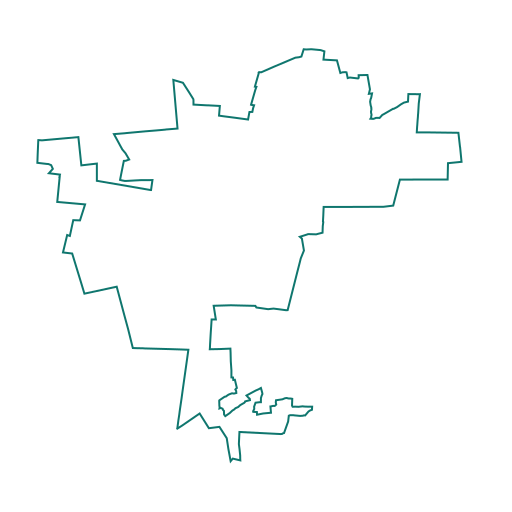 the district of Muxupip, Yucatán, Mexico, rotated 86°
{"feature_id": "50627088B24454448227409", "entity_name": "Muxupip", "entity_type": "district", "adm_level": 2, "iso_a3": "MEX", "parent_name": "Mexico", "parent_adm1": "Yucatán", "projection": "natural_earth1", "projection_center": [-89.31, 21.056], "detail": "fine", "context": "isolated", "style": "outline", "palette": "teal", "viewbox_px": 512, "rotation_deg": 86, "n_neighbors": 0, "source": "geoboundaries", "source_scale": "gbopen_adm2", "svg_char_len": 4381}
<svg xmlns="http://www.w3.org/2000/svg" viewBox="0 0 512 512"><g transform="rotate(86 256 256)"><path d="M422.7,346.5L420.1,341.7L412.2,328.3L409.2,323.2L424.5,315.0L423.9,304.4L435.7,297.9L446.7,297.0L458.9,295.6L456.5,293.3L458.8,285.9L457.4,285.9L453.9,285.7L447.6,285.9L442.4,286.2L430.4,284.8L435.3,244.2L435.4,242.6L434.8,241.6L434.6,240.4L423.4,235.5L417.6,234.4L417.2,233.1L417.4,230.0L417.8,228.1L417.9,227.3L418.6,223.2L418.6,220.3L418.3,219.3L418.5,218.1L414.8,214.5L413.9,212.9L413.3,210.9L410.2,210.5L410.0,214.1L409.5,218.7L409.2,219.8L409.4,224.1L409.1,226.7L408.9,230.0L407.7,230.5L401.0,229.8L400.6,231.3L400.4,233.6L399.8,235.2L399.9,236.9L400.1,237.6L400.8,239.6L401.3,246.1L403.4,246.5L405.6,246.2L406.3,247.0L406.8,247.7L406.9,248.3L406.7,249.4L407.1,251.7L407.1,252.1L413.4,252.0L413.6,259.9L414.4,266.0L411.7,266.0L411.3,269.6L410.7,269.7L408.4,268.4L406.2,268.4L402.3,266.7L402.1,262.6L402.2,261.3L398.1,261.0L395.7,260.1L394.1,259.2L392.4,259.4L388.0,260.3L389.1,262.6L390.2,265.7L394.5,275.2L396.6,273.6L398.0,272.2L399.4,272.1L399.9,275.0L400.3,277.0L401.0,277.3L401.6,277.9L403.1,281.0L403.7,282.2L405.4,284.3L406.4,287.1L407.6,288.5L408.5,290.3L410.8,293.1L413.6,297.8L411.9,298.9L408.2,298.8L407.3,299.6L406.0,300.0L405.1,301.8L405.5,303.1L404.1,302.8L403.1,303.0L397.8,302.8L397.4,302.6L394.2,297.1L394.1,295.9L393.1,294.3L392.4,293.1L391.9,291.6L391.3,289.5L391.7,287.6L391.3,285.2L389.3,285.2L387.7,285.9L387.1,285.3L386.3,284.3L378.0,285.7L378.1,287.3L375.6,287.4L375.4,289.0L368.2,288.5L359.4,288.5L350.7,288.1L346.6,288.0L346.3,298.8L345.8,308.6L344.6,308.4L341.1,308.0L329.4,306.5L322.9,305.6L316.2,304.7L316.4,302.4L316.5,300.5L302.7,301.7L303.0,294.2L303.4,284.4L304.1,277.2L304.9,268.6L305.7,260.1L307.4,259.2L309.9,247.6L309.7,243.0L309.7,242.1L310.6,237.5L312.2,229.7L312.2,228.2L275.4,216.1L265.2,212.7L261.5,211.5L253.9,207.8L241.8,209.0L239.9,210.9L238.5,205.1L238.1,203.5L237.8,202.5L237.9,201.4L238.5,195.4L238.6,194.4L238.2,192.5L237.4,188.0L230.8,187.3L226.8,186.5L226.4,186.8L220.7,186.1L211.8,185.1L212.9,168.8L213.3,163.6L213.4,161.7L214.4,146.4L215.8,125.4L215.3,115.6L189.8,107.1L193.1,59.5L176.8,58.0L176.4,44.4L161.8,44.8L161.3,44.9L161.2,44.9L147.2,45.5L144.7,75.8L143.9,87.0L137.9,86.2L136.7,86.0L133.1,85.5L131.7,85.3L128.6,84.8L126.2,84.5L125.1,84.3L115.2,83.0L106.0,81.2L106.0,81.7L105.1,92.7L112.6,93.6L113.3,97.7L114.8,100.8L117.3,104.9L118.8,108.4L118.7,109.0L123.5,118.8L124.1,120.2L124.9,121.0L126.9,123.1L126.8,123.8L126.6,126.7L127.2,128.5L127.4,129.6L127.0,132.2L125.9,131.4L124.3,131.3L123.8,131.0L122.8,130.9L121.4,131.2L119.9,131.2L118.1,130.7L117.1,130.6L116.4,130.8L115.8,130.6L113.8,131.1L110.1,131.4L108.1,130.9L107.6,130.8L107.0,130.4L106.0,130.0L101.9,128.9L102.1,132.1L97.7,130.7L83.2,132.2L82.8,141.0L85.4,141.1L86.0,141.8L84.5,149.9L84.9,152.1L79.1,152.9L78.8,154.1L78.8,157.0L79.3,159.1L66.5,161.6L64.8,175.0L56.6,173.5L55.1,177.2L53.6,186.3L53.5,191.5L53.1,194.0L60.2,196.8L60.7,199.2L60.9,202.9L68.5,225.1L73.1,238.0L72.8,240.1L73.2,240.6L74.1,240.6L87.0,245.3L87.3,243.8L90.5,245.2L104.8,250.4L104.9,250.2L105.5,247.4L108.4,248.6L112.0,249.6L111.9,252.3L111.9,252.5L119.3,254.4L116.6,267.4L114.4,278.4L113.4,283.1L103.8,281.6L102.4,292.9L102.3,294.2L100.6,307.8L95.9,307.5L95.1,307.6L88.3,311.2L78.1,316.8L74.6,326.2L123.4,325.4L123.5,335.2L123.5,335.8L123.5,336.8L123.6,337.6L123.7,341.6L123.8,348.0L123.9,357.2L124.3,375.9L124.3,376.1L124.4,378.7L124.5,389.2L134.1,384.8L135.7,384.1L138.3,382.9L139.3,382.4L140.3,382.0L144.4,379.0L150.9,375.8L151.9,379.2L151.9,381.2L155.5,382.2L163.9,384.5L166.1,385.1L170.6,386.3L171.2,384.6L172.0,381.5L172.1,378.8L172.2,370.6L172.3,365.2L172.6,361.1L172.8,358.7L173.0,354.0L182.9,356.1L182.9,356.3L169.9,409.5L152.7,408.3L153.4,423.9L125.0,424.9L125.7,461.5L125.2,464.8L125.2,465.1L138.4,466.6L147.8,467.6L149.5,458.6L149.8,456.6L151.1,454.0L154.9,452.6L159.0,456.8L161.1,445.9L161.4,446.0L163.3,446.5L163.3,446.3L166.8,446.9L188.2,450.5L192.6,422.9L198.9,425.4L208.2,429.1L207.5,435.8L223.0,440.3L221.9,442.9L239.0,448.3L240.7,439.2L271.0,432.2L281.6,429.8L276.9,397.1L305.8,391.5L319.9,388.7L339.2,385.3L339.5,382.8L340.2,375.0L340.4,373.9L342.8,349.2L343.8,339.3L344.8,330.0L353.8,331.9L385.2,338.6L392.9,340.2L403.4,342.5L405.8,343.0L408.8,343.6L414.6,344.9L422.4,346.5L422.5,346.6L422.7,346.5Z" fill="none" stroke="#0f766e" stroke-width="2"/></g></svg>